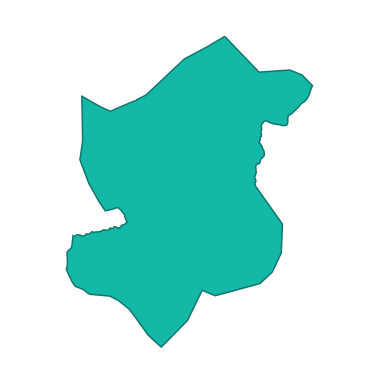 outline of Bayanchandmani, Töv, Mongolia, rotated 260°
{"feature_id": "93677404B83020582148290", "entity_name": "Bayanchandmani", "entity_type": "district", "adm_level": 2, "iso_a3": "MNG", "parent_name": "Mongolia", "parent_adm1": "Töv", "projection": "robinson", "projection_center": [106.239, 48.215], "detail": "fine", "context": "isolated", "style": "filled", "palette": "teal", "viewbox_px": 384, "rotation_deg": 260, "n_neighbors": 0, "source": "geoboundaries", "source_scale": "gbopen_adm2", "svg_char_len": 3241}
<svg xmlns="http://www.w3.org/2000/svg" viewBox="0 0 384 384"><g transform="rotate(260 192 192)"><path d="M305.4,100.1L261.3,93.2L243.2,87.2L218.2,91.9L198.0,99.0L188.5,103.3L188.7,108.8L188.9,110.6L189.2,112.6L189.4,114.1L189.5,116.1L189.0,116.8L188.1,117.6L187.3,118.1L186.3,119.0L185.3,119.4L183.7,120.1L182.8,120.8L182.0,121.4L181.3,121.5L180.2,121.5L179.0,121.5L177.9,121.7L176.1,122.2L174.6,122.4L173.5,122.8L173.2,121.9L172.1,120.5L171.6,118.9L171.6,117.8L171.5,117.0L171.1,116.3L170.2,116.2L169.6,115.6L169.3,114.8L169.3,114.0L169.3,113.2L169.6,112.4L170.5,111.2L171.2,109.9L171.1,109.0L170.5,108.5L170.0,108.3L169.8,107.7L170.0,106.9L170.4,106.1L170.7,105.3L170.5,104.5L169.6,103.8L169.2,103.2L169.0,102.1L169.2,100.9L169.8,99.7L170.1,98.9L170.0,98.0L169.5,96.9L169.0,95.1L169.0,93.4L169.1,92.0L169.2,91.0L169.5,90.1L169.2,89.2L169.2,88.3L169.5,87.8L170.2,86.9L170.1,86.2L169.7,85.5L169.1,85.0L169.0,84.4L168.7,83.2L168.4,82.3L168.6,81.7L168.9,81.2L169.2,80.8L169.0,80.5L168.6,80.3L168.3,80.1L168.0,79.4L167.6,78.0L167.6,76.8L168.1,75.7L168.8,74.6L169.3,73.4L169.6,72.5L169.8,71.3L169.6,70.3L169.2,69.9L168.8,69.3L168.9,68.5L169.1,67.8L169.7,67.3L159.9,64.4L157.8,63.2L156.6,61.3L155.0,58.9L153.5,58.3L143.1,57.0L138.0,54.9L136.0,55.1L129.8,56.9L124.4,58.3L122.0,59.5L120.5,60.0L119.1,61.0L117.2,64.2L115.6,66.7L114.7,68.0L112.7,70.1L110.5,71.8L109.1,73.5L108.4,75.9L103.8,92.8L98.2,100.4L87.8,109.6L79.1,114.1L58.4,124.1L44.6,134.8L66.3,165.3L93.4,184.9L85.8,196.9L90.0,243.0L99.2,257.1L116.4,269.3L144.7,275.5L186.3,255.8L187.4,255.3L188.8,255.6L189.7,255.5L190.5,256.2L191.0,256.6L192.0,256.9L192.9,256.8L193.5,256.6L194.0,256.6L194.8,256.2L195.6,256.1L196.5,256.6L196.9,257.2L197.4,257.4L198.3,257.7L199.0,257.8L199.4,258.3L200.0,258.7L200.5,258.7L200.7,258.8L201.7,258.7L202.6,258.8L204.1,259.1L205.2,259.1L206.0,259.1L207.3,259.9L208.0,260.6L208.2,261.9L208.3,263.2L209.0,263.8L210.1,264.6L211.3,264.9L212.1,265.3L212.8,265.9L213.4,267.2L214.2,268.0L214.8,269.0L215.8,269.7L217.2,269.9L218.4,269.9L219.5,270.1L221.1,269.5L222.7,269.1L223.8,268.9L225.0,268.9L225.7,268.2L227.1,268.0L228.0,267.6L228.8,266.7L229.4,266.7L229.8,267.1L230.4,267.4L231.3,268.1L232.2,268.3L233.0,268.4L233.9,268.9L234.5,269.8L235.1,270.0L235.8,270.1L236.9,270.4L237.7,270.6L238.4,270.2L239.2,270.0L240.0,270.3L240.7,271.3L241.8,271.5L242.9,271.6L244.0,271.8L245.0,271.6L246.0,271.7L246.6,272.5L247.3,273.5L248.2,274.4L249.0,275.4L249.3,276.2L249.0,277.3L248.6,278.3L247.7,279.4L246.1,282.0L244.4,285.6L243.4,288.7L243.1,289.8L241.5,293.3L241.3,295.6L241.4,296.7L242.7,297.8L244.1,298.5L246.8,298.9L248.7,299.3L250.5,300.2L250.8,300.9L251.4,302.9L252.8,305.2L255.8,309.7L257.0,311.3L258.9,313.7L259.7,314.5L260.4,315.7L261.2,318.0L262.9,320.4L263.8,321.5L264.7,322.0L266.1,323.2L267.6,324.3L268.7,324.8L269.8,325.6L270.3,325.9L270.9,326.2L271.7,326.5L272.4,326.9L273.3,327.3L274.0,327.9L274.9,328.5L275.8,329.1L288.2,320.6L295.1,309.6L298.4,278.8L338.7,251.8L338.8,251.7L339.2,251.0L339.4,250.7L335.3,239.9L332.6,232.8L324.3,207.5L315.1,193.4L312.8,190.0L295.5,163.6L292.4,153.4L291.9,153.2L291.3,149.2L287.9,134.8L287.9,134.7L285.7,125.6L291.5,117.0L299.0,107.9L303.3,102.9L305.4,100.1Z" fill="#14b8a6" stroke="#0f766e" stroke-width="1.5"/></g></svg>